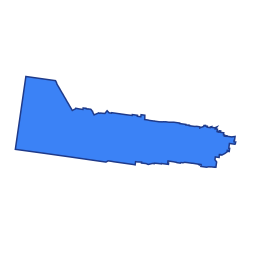 Kondinin, Western Australia, Australia (Robinson projection), rotated 188°
{"feature_id": "25037944B57185706761007", "entity_name": "Kondinin", "entity_type": "district", "adm_level": 2, "iso_a3": "AUS", "parent_name": "Australia", "parent_adm1": "Western Australia", "projection": "robinson", "projection_center": [118.78, -32.484], "detail": "fine", "context": "isolated", "style": "filled", "palette": "blue", "viewbox_px": 256, "rotation_deg": 188, "n_neighbors": 0, "source": "geoboundaries", "source_scale": "gbopen_adm2", "svg_char_len": 3746}
<svg xmlns="http://www.w3.org/2000/svg" viewBox="0 0 256 256"><g transform="rotate(188 128 128)"><path d="M19.5,128.3L19.5,128.7L19.4,129.1L21.1,129.1L21.2,130.7L20.8,130.8L20.8,134.5L21.1,134.4L22.3,134.1L24.1,133.6L26.5,133.6L27.5,133.6L28.8,133.6L28.8,134.0L29.9,134.0L29.9,133.4L31.5,133.4L31.5,134.5L32.5,134.5L32.5,135.5L32.5,136.6L34.2,136.6L35.2,136.6L35.8,136.6L35.8,138.0L37.4,138.0L37.4,136.5L38.0,136.5L38.0,137.0L39.3,136.9L39.3,139.3L41.4,139.3L40.2,141.2L40.1,141.3L40.0,141.5L41.3,140.7L41.3,140.3L45.2,140.3L45.2,141.1L46.6,140.5L46.6,139.8L47.5,139.8L49.7,139.8L49.7,140.8L50.6,140.8L50.9,140.6L51.1,140.6L51.3,140.8L51.7,140.8L51.7,141.3L53.1,141.1L53.4,140.0L55.7,138.8L56.9,138.1L57.0,139.1L58.7,139.2L60.1,139.2L62.3,138.8L65.5,138.8L67.6,138.8L67.6,139.3L68.5,139.3L68.5,139.1L69.6,139.1L71.2,139.1L71.2,139.6L75.4,139.6L77.5,139.6L77.5,140.1L79.6,140.1L82.0,140.1L83.4,140.1L86.1,139.7L88.2,139.4L90.3,139.4L91.6,139.4L92.7,139.2L93.8,139.1L94.4,139.0L94.5,138.9L96.2,138.7L98.0,138.5L98.9,138.5L101.7,138.5L102.6,138.5L102.8,138.6L103.0,138.5L104.9,138.5L105.9,138.5L107.5,138.5L108.0,138.5L109.3,138.7L112.7,138.7L112.7,139.7L113.1,143.0L114.7,143.0L116.9,143.0L116.9,140.9L120.4,140.9L120.4,141.9L121.6,141.9L124.8,141.9L125.6,141.9L125.6,141.0L130.7,140.9L133.1,140.9L137.2,140.9L139.7,140.9L143.9,140.9L146.3,140.9L146.4,140.4L146.9,140.4L148.9,140.4L150.2,141.5L150.3,141.5L151.1,142.2L152.9,139.2L155.4,139.0L156.9,139.0L157.2,139.0L157.3,138.9L157.8,138.6L158.4,138.6L158.7,138.7L158.8,138.7L158.9,138.9L159.2,138.9L159.5,138.6L160.4,138.1L160.9,137.8L162.7,136.7L163.0,136.7L163.4,136.3L164.4,137.7L165.2,138.9L165.3,139.1L165.4,139.6L165.9,139.8L166.6,140.6L166.9,140.9L167.2,141.2L167.4,141.2L167.5,141.3L167.9,141.4L168.2,141.4L169.4,141.3L169.9,141.4L170.3,141.1L170.8,141.2L171.4,141.4L171.3,141.2L171.5,141.2L172.9,141.4L173.1,141.6L173.4,141.6L175.2,141.6L175.2,140.1L176.7,140.1L179.3,140.1L182.4,140.3L182.4,139.9L185.6,137.6L186.0,138.1L186.6,138.9L187.5,140.0L188.1,140.7L188.1,140.8L188.8,141.6L189.3,142.2L189.8,143.0L190.4,143.7L190.7,144.1L191.8,145.4L192.8,146.7L193.9,148.2L195.4,150.0L196.0,150.8L197.1,152.3L197.6,152.9L197.9,153.2L198.9,154.5L200.1,156.0L200.9,157.1L201.8,158.2L202.1,158.6L204.5,161.6L204.8,162.3L205.3,163.3L206.4,164.8L207.6,164.8L209.4,164.8L210.5,164.8L211.7,164.8L213.5,164.8L215.2,164.8L217.6,164.8L219.9,164.8L222.2,164.8L225.2,164.8L228.1,164.8L231.0,164.8L235.1,164.8L236.3,164.8L236.3,163.6L236.6,91.2L207.8,91.3L206.6,91.3L203.0,91.3L202.5,91.3L194.1,91.3L192.9,91.3L188.9,91.3L180.2,91.3L153.3,91.2L145.1,91.2L143.1,92.7L140.0,92.7L137.4,92.6L125.7,92.6L117.6,92.6L115.8,92.5L115.8,95.7L114.1,95.7L109.8,96.1L109.8,95.2L105.1,95.3L104.0,95.0L102.9,94.7L98.9,96.3L97.6,96.3L97.1,96.3L97.1,96.8L94.3,97.0L91.4,97.1L90.0,97.1L90.0,97.5L82.9,97.6L82.9,99.0L83.8,99.0L83.8,100.9L83.0,100.9L78.7,100.9L78.1,100.9L76.7,100.8L75.7,100.8L75.0,100.6L74.8,100.5L74.6,100.5L73.8,100.5L73.2,100.5L72.3,100.5L71.7,100.5L71.4,100.5L71.2,100.5L71.0,100.8L71.0,101.0L70.9,101.1L70.7,101.2L70.3,101.2L70.2,101.2L69.7,101.2L68.9,101.2L68.5,101.3L67.8,101.6L67.1,101.9L66.9,101.9L64.5,102.0L63.2,102.0L61.5,102.0L59.6,102.0L58.8,102.1L53.7,102.0L52.4,101.4L52.4,102.0L51.2,102.0L50.5,102.0L50.5,100.1L48.5,100.1L44.8,100.1L42.5,100.9L41.2,100.9L40.5,101.1L36.6,101.2L36.6,101.4L35.5,101.4L35.5,104.2L35.5,106.7L37.2,108.4L37.5,108.7L37.5,111.5L35.7,111.5L33.7,111.5L33.8,114.3L33.0,114.2L33.0,114.6L31.9,114.5L31.9,114.2L31.2,114.3L29.6,115.5L28.7,116.1L26.2,118.5L26.6,118.5L26.6,119.7L25.9,119.7L25.9,118.8L24.5,118.8L24.5,122.0L25.4,122.0L25.4,126.8L22.6,126.8L19.8,126.8L19.7,127.2L19.5,127.6L19.5,128.3L19.5,128.3Z" fill="#3b82f6" stroke="#1e3a8a" stroke-width="1.5"/></g></svg>